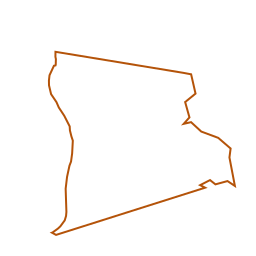 the district of Bracken, Kentucky, United States of America, rotated 258°
{"feature_id": "52423323B34365649324195", "entity_name": "Bracken", "entity_type": "district", "adm_level": 2, "iso_a3": "USA", "parent_name": "United States of America", "parent_adm1": "Kentucky", "projection": "orthographic", "projection_center": [-84.084, 38.689], "detail": "fine", "context": "isolated", "style": "outline", "palette": "amber", "viewbox_px": 256, "rotation_deg": 258, "n_neighbors": 0, "source": "geoboundaries", "source_scale": "gbopen_adm2", "svg_char_len": 703}
<svg xmlns="http://www.w3.org/2000/svg" viewBox="0 0 256 256"><g transform="rotate(258 128 128)"><path d="M54.7,201.8L55.4,214.3L49.1,220.5L78.1,221.1L86.6,224.1L99.6,214.2L109.3,198.9L120.6,190.9L120.5,183.4L125.6,190.3L141.5,189.3L147.6,201.2L167.4,200.9L170.4,193.7L217.6,72.9L212.7,71.8L210.4,71.8L205.1,70.5L204.3,70.1L204.3,68.5L195.9,62.2L190.8,60.5L186.1,59.6L177.1,59.8L168.2,63.4L162.4,64.6L153.2,68.2L141.7,71.3L137.8,70.7L137.3,70.7L131.5,70.9L127.1,71.4L114.8,68.1L107.0,65.3L103.3,62.9L92.8,58.2L81.6,54.4L58.7,50.3L54.8,49.1L50.8,46.9L45.9,41.4L44.2,38.6L41.5,32.5L41.4,31.9L38.4,35.4L53.6,191.0L57.1,186.7L60.0,197.4L54.7,201.8Z" fill="none" stroke="#b45309" stroke-width="2"/></g></svg>